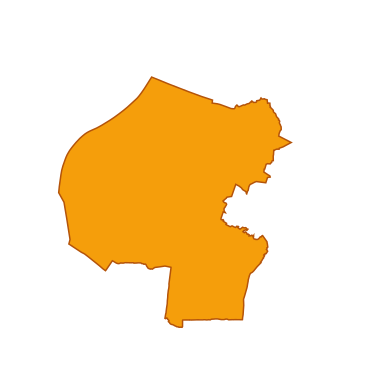 outline of Olanu, Vâlcea, Romania, rotated 40°
{"feature_id": "2599482B48279356491922", "entity_name": "Olanu", "entity_type": "district", "adm_level": 2, "iso_a3": "ROU", "parent_name": "Romania", "parent_adm1": "Vâlcea", "projection": "orthographic", "projection_center": [24.283, 44.872], "detail": "fine", "context": "isolated", "style": "filled", "palette": "amber", "viewbox_px": 384, "rotation_deg": 40, "n_neighbors": 0, "source": "geoboundaries", "source_scale": "gbopen_adm2", "svg_char_len": 5951}
<svg xmlns="http://www.w3.org/2000/svg" viewBox="0 0 384 384"><g transform="rotate(40 192 192)"><path d="M255.8,305.1L256.9,305.3L257.1,305.4L257.1,306.3L257.3,306.5L258.6,306.5L259.7,306.9L260.9,306.8L261.3,306.7L261.9,306.3L263.5,305.7L264.3,305.7L265.8,305.2L267.2,304.9L268.0,304.2L269.0,304.0L270.5,302.6L271.3,302.1L271.4,301.7L271.2,301.1L267.3,296.4L267.2,296.2L267.3,295.9L270.6,293.1L271.5,292.3L271.9,292.1L272.1,291.7L272.4,291.7L272.8,291.3L273.9,290.4L277.9,286.8L282.6,282.9L283.1,282.3L283.8,281.7L285.7,280.4L286.7,279.2L287.2,279.0L287.7,278.5L288.2,278.2L288.5,277.3L288.9,276.7L289.8,275.9L290.5,275.2L291.9,273.8L293.3,272.7L296.5,270.9L298.6,269.1L299.7,267.5L300.7,266.8L302.3,266.3L304.7,264.1L305.8,263.2L306.9,262.2L310.3,259.4L311.8,258.2L312.7,257.4L312.3,256.7L312.1,256.6L311.7,256.0L310.1,253.3L304.5,245.6L302.0,242.8L300.9,241.6L300.3,240.8L299.4,238.5L295.7,230.2L295.1,229.0L293.7,226.7L292.5,224.5L291.6,223.2L289.7,219.1L289.2,217.5L289.1,216.8L289.2,216.3L289.7,215.0L289.9,214.0L289.9,213.5L290.0,212.8L289.9,207.3L290.3,201.8L289.7,201.8L289.6,199.8L289.3,198.3L289.2,196.8L289.2,196.6L288.9,196.6L288.6,194.3L287.5,194.2L287.5,193.2L288.0,192.9L287.8,192.0L287.9,191.8L288.4,191.5L288.0,188.7L287.7,188.6L287.3,188.6L286.8,188.3L285.9,188.1L285.9,187.9L286.0,187.5L286.0,187.3L285.2,186.6L285.3,186.3L285.5,185.5L283.6,183.8L283.1,183.3L282.6,183.0L281.4,181.9L274.1,180.0L273.7,180.8L273.8,181.0L273.8,182.1L273.2,182.4L273.1,183.2L273.2,184.6L272.9,185.8L272.7,186.2L271.5,187.3L271.2,187.2L271.1,187.3L270.0,188.0L269.4,188.0L268.4,187.6L268.2,187.5L267.9,186.6L267.5,186.2L267.2,185.8L267.3,186.6L267.3,186.9L266.0,186.5L265.6,186.6L265.4,187.6L263.9,188.9L263.8,188.6L263.8,188.1L262.6,188.1L262.0,188.2L262.0,188.6L261.3,188.8L260.9,188.8L260.0,188.2L259.3,188.1L258.9,188.3L258.6,188.3L258.4,189.4L258.1,189.6L256.5,189.7L256.4,188.2L256.5,188.0L257.0,187.7L257.2,186.6L257.6,186.4L258.7,186.1L258.7,184.6L257.6,185.0L256.4,184.7L256.1,184.8L255.8,185.0L255.3,185.7L254.8,186.0L253.4,186.5L252.8,189.3L252.4,189.7L250.0,189.8L250.0,188.7L249.5,188.7L249.3,189.4L249.0,189.2L248.8,189.2L248.4,189.3L248.1,191.2L248.0,191.3L246.3,191.8L244.7,192.1L244.2,192.6L244.0,193.1L243.8,193.8L243.7,193.9L243.0,194.2L238.9,195.1L238.6,193.8L234.8,194.3L234.5,193.4L233.5,193.2L233.2,193.5L233.2,193.9L232.0,194.4L231.6,194.1L231.1,193.3L228.7,187.2L230.9,186.4L230.5,186.2L229.7,186.3L229.2,186.1L228.6,185.6L227.9,185.0L227.1,183.9L227.1,182.3L226.9,181.6L226.8,180.7L226.5,179.3L226.0,178.9L225.4,178.7L225.1,178.7L224.8,178.8L224.0,179.2L223.3,179.3L222.6,179.3L222.0,179.2L221.5,178.9L221.9,178.1L221.7,177.4L222.0,176.5L222.0,175.7L222.3,174.7L222.2,174.4L222.1,174.0L222.2,173.4L223.8,171.5L225.2,170.0L220.6,158.0L224.3,157.2L227.3,157.1L228.3,157.4L229.4,157.6L232.1,157.2L233.0,157.1L233.4,157.2L234.0,157.8L234.9,158.3L235.1,158.3L234.0,155.6L234.0,154.7L232.2,151.5L231.7,149.4L231.8,148.5L232.3,147.6L233.6,144.4L234.2,143.3L234.5,142.7L242.6,137.5L240.6,132.5L240.8,132.0L242.3,130.3L241.5,129.7L241.0,129.6L239.6,129.9L234.2,130.5L232.6,128.1L233.0,127.7L231.0,123.1L231.5,122.1L231.7,121.7L232.4,121.3L233.1,120.7L233.8,120.3L233.8,118.7L233.9,118.4L234.0,118.2L233.4,116.8L233.5,116.3L233.7,116.0L234.1,115.7L231.4,112.6L230.9,111.9L230.6,111.2L227.9,107.6L228.2,107.5L228.4,107.2L228.3,106.8L228.5,106.3L229.2,104.9L231.2,103.2L230.7,102.4L232.8,98.8L234.3,95.0L236.2,90.3L222.5,93.4L222.4,93.1L222.0,92.6L221.2,91.3L220.7,89.9L220.3,88.6L220.2,88.1L220.3,87.0L220.2,86.8L218.4,84.8L217.1,84.2L216.6,83.8L215.9,83.6L214.6,83.0L214.2,82.5L213.9,81.7L213.5,81.3L212.8,81.1L212.4,81.2L212.0,81.2L211.8,80.6L211.6,80.4L211.0,80.5L210.5,80.2L209.6,80.1L209.0,80.1L208.6,80.0L207.9,79.7L207.4,79.4L206.7,79.0L206.4,78.7L205.5,78.3L204.1,78.4L202.8,78.2L202.4,77.9L202.1,77.5L201.8,77.2L200.8,77.0L198.4,76.8L197.9,76.7L197.5,76.9L197.3,76.7L197.2,76.4L196.9,75.9L196.5,75.9L195.9,75.6L195.8,75.4L195.8,75.2L195.2,74.6L194.6,73.9L193.5,74.6L192.8,75.4L190.2,73.0L189.5,73.4L189.0,73.8L188.3,73.9L188.1,74.1L187.7,74.0L187.0,74.6L186.6,75.2L185.7,75.8L184.8,75.7L184.4,75.6L184.4,76.0L184.7,76.8L184.8,77.6L184.7,78.3L182.9,80.5L183.0,80.8L183.4,81.3L183.4,82.2L181.5,83.9L180.9,83.8L180.5,83.8L179.3,83.8L179.2,84.1L179.3,84.3L179.7,84.8L179.6,85.1L179.2,85.2L179.0,85.4L179.0,86.5L178.9,87.3L177.5,89.2L177.2,89.9L176.6,91.3L176.2,91.8L175.7,92.0L175.3,92.5L173.5,96.1L172.6,96.8L172.3,96.8L171.8,96.6L170.5,96.5L170.4,96.9L170.3,98.5L170.4,98.8L170.9,100.1L170.9,100.4L170.8,101.1L169.8,101.9L168.2,103.0L162.5,105.0L157.3,106.9L154.8,108.1L150.3,110.9L148.6,108.4L137.9,112.7L125.1,117.3L105.5,124.0L87.2,129.9L88.2,137.1L89.0,143.1L89.5,148.4L89.7,152.5L89.7,154.9L89.5,157.1L88.0,168.5L87.1,173.4L85.8,179.3L84.4,185.0L83.0,189.8L80.1,198.5L78.9,201.7L77.8,204.4L75.4,209.3L74.5,211.2L73.5,213.7L72.7,216.4L72.1,219.6L71.6,223.1L71.3,228.7L71.3,233.1L71.4,236.1L71.6,238.9L72.0,241.4L72.4,243.6L73.0,245.8L73.8,248.2L75.2,251.9L76.4,255.1L78.3,259.2L80.5,263.0L86.7,272.9L90.3,278.2L100.5,282.1L113.5,293.2L129.1,306.8L131.1,311.0L145.9,309.3L149.4,308.5L154.1,308.3L168.4,308.0L173.2,308.1L176.3,307.9L176.3,306.8L175.2,295.9L176.4,295.6L179.7,295.1L181.2,294.5L181.9,294.0L182.5,293.2L182.8,292.4L185.0,290.7L185.6,290.0L186.1,289.2L190.7,285.5L192.5,283.9L193.1,283.9L194.7,282.5L196.4,280.8L198.4,279.2L199.4,279.2L200.8,278.3L201.5,278.3L201.9,278.0L202.3,277.4L202.8,277.2L203.2,277.2L203.7,277.3L204.6,277.8L207.3,278.6L208.6,278.3L209.7,277.8L209.9,277.3L211.2,276.6L212.0,273.8L212.3,273.4L215.9,269.5L218.9,266.1L224.2,263.2L224.4,263.4L224.6,263.5L233.4,277.2L234.6,278.5L235.9,280.4L237.1,282.6L239.6,286.4L241.3,288.6L242.9,291.0L244.9,293.6L247.2,297.4L249.5,300.9L249.8,301.2L250.2,302.3L252.5,306.2L253.0,306.1L253.3,305.9L253.5,305.4L253.5,304.9L253.7,304.7L253.8,304.7L254.4,304.7L255.0,305.0L255.4,305.2L255.8,305.1Z" fill="#f59e0b" stroke="#b45309" stroke-width="1.5"/></g></svg>